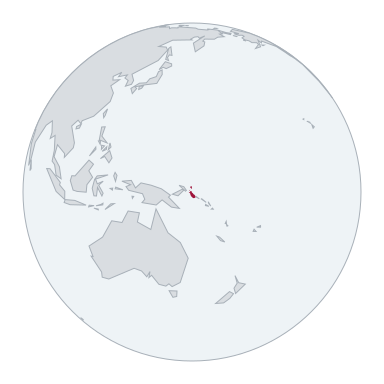 North Solomons highlighted on a globe, orthographic projection
{"feature_id": "PNG-1245", "entity_name": "North Solomons", "entity_type": "Province", "adm_level": 1, "iso_a3": "PNG", "parent_name": "Papua New Guinea", "parent_adm1": "", "projection": "orthographic", "projection_center": [155.03, -5.041], "detail": "fine", "context": "on_globe", "style": "filled", "palette": "rose", "viewbox_px": 384, "rotation_deg": 0, "n_neighbors": 0, "source": "natural_earth", "source_scale": "10m", "svg_char_len": 7012}
<svg xmlns="http://www.w3.org/2000/svg" viewBox="0 0 384 384"><circle cx="192" cy="192" r="169" fill="#eef3f6" stroke="#a8b0b8"/><path d="M260.5,225.6L260.6,226.9L260.4,227.1L260.5,225.6ZM332.6,98.3L330.4,95.2L319.1,81.3L303.0,64.9L306.0,67.4L301.8,63.6L297.8,60.5L296.2,59.5L276.3,46.5L261.6,41.1L261.4,42.9L258.0,40.2L260.6,46.8L255.5,48.5L258.5,44.5L256.7,42.7L251.9,42.6L249.0,40.8L245.0,39.9L242.0,37.9L244.1,36.3L242.2,35.2L238.9,35.3L233.8,33.7L238.9,33.7L230.5,31.3L232.4,29.4L248.6,33.0L247.2,32.3L258.6,36.7L269.6,41.9L280.2,47.9L290.4,54.6L300.0,62.1L309.1,70.2L317.6,79.0L325.4,88.4L332.6,98.3ZM313.1,128.3L311.8,124.6L314.3,126.8L313.1,128.3ZM309.9,122.4L310.6,123.7L309.8,122.7L309.9,122.4ZM308.5,121.8L309.5,122.3L308.5,122.1L308.5,121.8ZM306.8,121.4L307.7,121.4L307.6,121.6L306.8,121.4ZM303.8,119.6L303.0,119.1L303.8,118.7L303.8,119.6ZM296.0,59.5L298.0,60.7L302.7,64.5L301.3,63.5L296.0,59.5ZM286.6,53.3L286.8,53.1L291.5,56.5L289.9,55.6L286.6,53.3ZM261.9,45.0L264.2,45.1L263.0,45.7L261.9,45.0ZM245.0,40.1L245.3,40.8L243.1,40.1L245.0,40.1ZM236.5,36.6L232.9,35.5L236.9,36.3L236.5,36.6ZM231.0,34.7L222.3,32.7L222.2,33.8L217.6,30.1L226.6,32.7L231.5,33.3L229.7,33.7L231.0,34.7ZM216.5,28.6L214.7,28.1L217.0,28.4L216.5,28.6ZM141.4,30.8L142.9,30.3L149.0,28.6L164.2,25.6L165.0,26.1L159.1,27.2L169.5,26.9L169.6,28.6L171.6,27.8L178.0,27.9L178.0,27.2L179.5,26.9L195.8,28.1L198.1,29.2L207.4,30.0L208.5,29.7L207.3,28.9L217.6,30.1L222.2,33.8L219.6,34.1L224.2,36.7L217.7,37.2L214.4,39.2L204.6,39.1L202.8,41.1L204.8,42.0L204.0,45.9L195.3,51.8L193.4,43.1L204.8,35.9L199.4,38.2L198.0,36.7L194.4,37.1L190.8,39.1L192.0,39.9L172.7,40.2L158.8,46.5L166.2,47.1L167.6,50.1L158.2,60.5L132.0,74.2L133.6,80.5L131.5,84.3L125.4,86.2L128.2,80.5L124.9,78.0L127.4,74.9L118.5,76.7L121.8,72.3L113.2,76.4L112.9,80.1L119.6,79.7L110.8,85.8L113.4,93.0L110.2,101.5L93.7,116.2L82.2,120.7L80.8,123.6L78.1,120.2L71.7,126.0L74.4,142.8L73.3,147.8L64.3,157.4L64.6,153.6L57.5,144.7L54.1,156.7L59.4,166.7L61.1,178.8L56.1,175.1L54.6,164.6L52.1,161.1L54.3,150.5L55.1,135.4L50.2,138.5L52.0,132.5L52.4,120.8L46.2,125.2L35.3,142.1L31.3,158.0L28.6,165.5L31.4,143.5L36.0,128.9L34.8,130.7L38.3,121.9L43.5,111.3L49.5,101.2L56.2,91.4L63.6,82.2L71.6,73.5L80.1,65.4L89.2,57.9L98.9,51.0L108.9,44.9L119.4,39.4L130.2,34.7L141.4,30.8ZM80.6,317.6L83.2,319.5L83.1,319.9L80.6,317.6ZM93.9,208.1L98.3,209.1L98.3,209.9L93.9,208.1ZM89.2,205.2L94.1,205.6L88.6,206.9L89.2,205.2ZM96.0,205.8L100.9,204.4L103.0,203.2L102.8,204.9L96.0,205.8ZM86.1,205.1L70.1,204.7L64.1,202.5L65.2,199.6L74.8,200.4L86.1,205.1ZM64.7,199.5L56.1,191.4L46.7,168.5L50.0,168.7L60.3,182.4L59.6,184.9L64.8,191.2L64.7,199.5ZM86.9,184.7L86.2,192.2L77.1,191.4L73.1,190.1L70.3,180.5L71.8,175.7L75.0,175.9L89.0,160.1L93.5,164.2L88.8,170.8L92.6,177.3L86.9,184.7ZM31.3,159.5L31.1,168.8L29.9,170.6L31.3,159.5ZM95.9,149.3L89.4,155.9L95.8,147.0L95.9,149.3ZM100.5,140.9L100.2,144.4L98.4,140.9L100.5,140.9ZM79.4,128.1L76.0,128.9L76.6,126.5L81.3,124.2L79.4,128.1ZM107.6,108.9L105.2,115.4L103.7,117.7L103.3,113.6L107.6,108.9ZM162.8,25.7L167.1,24.9L166.8,25.1L165.8,25.3L162.8,25.7ZM169.0,24.6L167.5,24.8L164.3,25.4L165.6,25.1L169.0,24.6ZM229.5,291.6L233.5,293.7L229.8,298.4L223.6,302.9L215.6,303.5L229.5,291.6ZM172.9,297.3L169.1,290.7L177.0,291.0L176.7,296.5L172.9,297.3ZM234.0,288.2L237.2,283.1L235.0,275.6L238.7,282.7L245.3,284.1L235.6,293.5L234.0,288.2ZM134.1,268.3L108.8,279.0L102.2,277.2L101.6,272.0L91.1,256.1L93.0,256.5L89.0,246.0L102.6,237.1L111.7,220.8L122.0,222.5L128.1,211.0L139.4,212.8L137.4,222.0L150.8,229.5L156.0,208.9L168.0,232.8L180.3,242.5L188.2,258.2L180.2,282.5L172.1,286.6L168.9,283.8L165.9,286.1L158.9,284.3L151.6,275.3L148.9,277.6L150.0,271.5L146.8,276.8L141.6,271.0L134.1,268.3ZM216.8,236.1L219.5,237.1L224.8,242.0L220.5,240.6L216.8,236.1ZM254.1,229.2L256.1,231.5L253.1,231.4L254.1,229.2ZM260.4,227.1L256.7,227.2L260.5,225.6L260.4,227.1ZM226.3,224.1L227.9,225.8L227.0,226.2L226.3,224.1ZM225.2,223.5L226.2,221.3L226.5,223.7L225.2,223.5ZM211.3,209.1L212.5,208.1L213.3,209.2L211.3,209.1ZM105.0,209.5L110.8,203.8L114.3,203.6L105.0,209.5ZM208.9,206.3L205.4,205.6L205.6,204.4L208.9,206.3ZM208.7,203.5L208.2,201.7L210.8,206.1L208.7,203.5ZM201.7,198.7L206.2,202.4L201.3,199.0L201.7,198.7ZM199.3,198.8L196.3,197.1L196.4,196.6L199.3,198.8ZM168.5,197.1L179.4,208.4L171.4,207.1L162.1,199.9L156.2,205.0L142.0,202.6L144.8,199.3L142.5,193.7L128.7,190.3L126.0,186.6L130.6,184.7L121.9,181.2L131.3,180.4L135.5,187.9L141.0,182.9L151.1,185.2L161.4,188.8L170.4,195.2L168.5,197.1ZM132.0,196.2L133.7,196.4L132.4,198.4L132.0,196.2ZM190.5,192.3L194.9,196.4L194.5,197.2L192.4,196.4L190.5,192.3ZM172.4,194.2L181.7,189.5L184.1,189.9L178.0,195.8L172.4,194.2ZM179.1,185.3L183.8,186.7L186.4,190.4L185.5,191.2L179.1,185.3ZM112.7,188.1L112.4,190.1L110.1,188.4L112.7,188.1ZM115.7,187.1L122.9,189.8L115.1,188.8L115.7,187.1ZM95.5,179.1L97.3,183.8L103.2,181.2L98.7,185.2L103.1,193.2L101.9,196.0L97.5,187.4L96.5,196.0L93.9,195.8L92.2,188.3L94.6,179.4L97.2,175.9L108.1,174.9L95.5,179.1ZM115.5,181.4L113.7,175.9L115.1,172.4L117.0,175.4L115.5,181.4ZM108.9,162.8L104.7,156.5L100.4,158.6L109.7,150.7L112.0,158.0L108.9,162.8ZM106.3,149.5L102.2,151.3L106.8,146.7L106.3,149.5ZM101.4,149.3L101.6,145.2L104.5,145.9L101.4,149.3ZM108.3,149.8L110.0,142.9L111.0,147.0L108.3,149.8ZM101.9,136.1L107.2,143.0L99.3,139.8L101.7,127.0L105.2,126.8L101.9,136.1ZM138.7,89.5L139.3,86.3L143.3,86.0L141.7,88.2L138.7,89.5ZM156.8,83.4L144.5,84.9L134.9,86.9L136.7,88.5L132.3,93.6L130.9,88.4L139.5,83.2L146.4,82.8L149.8,78.8L156.3,76.6L158.5,71.7L162.1,69.9L162.2,74.5L156.8,83.4ZM159.1,69.6L165.3,61.7L171.6,63.8L171.7,66.0L166.2,68.6L163.2,67.3L159.1,69.6ZM168.6,60.6L165.7,59.4L168.7,48.4L170.9,46.8L172.0,55.4L169.4,54.9L167.5,57.5L168.6,60.6ZM214.0,28.4L214.6,28.1L215.4,28.6L214.0,28.4ZM179.3,26.6L181.5,26.3L182.3,26.7L179.3,26.6ZM187.8,25.8L185.3,25.5L188.7,25.6L187.8,25.8ZM179.7,25.3L184.7,25.4L178.7,25.6L179.7,25.3Z" fill="#d9dde1" stroke="#a8b0b8" stroke-width="1"/><path d="M194.6,196.7L194.7,196.8L194.7,197.0L194.4,197.1L194.2,197.2L194.1,197.3L193.9,197.4L193.7,197.4L193.4,197.3L193.2,197.2L192.9,196.9L192.5,196.5L192.4,196.4L192.5,196.4L192.6,196.2L192.6,195.9L192.4,195.7L192.2,195.6L191.9,195.5L191.9,195.4L191.8,195.2L191.7,195.2L191.4,194.9L191.2,194.7L191.2,194.4L191.1,194.2L191.1,193.7L191.2,193.4L191.0,193.2L191.4,193.3L191.5,193.4L191.6,193.5L191.8,193.5L192.0,193.5L192.3,193.8L192.3,194.0L192.5,194.1L192.5,194.3L192.7,194.5L192.9,194.6L193.0,194.7L193.0,194.8L193.1,195.0L193.4,195.4L193.5,195.4L193.6,195.5L193.7,195.4L193.8,195.4L193.8,195.5L194.0,195.6L194.1,195.8L194.3,195.9L194.3,196.0L194.5,196.2L194.5,196.3L194.6,196.5L194.6,196.7ZM191.1,192.5L191.0,192.9L191.0,193.1L190.9,193.2L190.7,192.7L190.7,192.3L190.7,192.2L190.5,192.3L190.6,192.2L190.8,191.9L191.0,192.0L191.0,192.3L191.1,192.5L191.1,192.5ZM190.9,186.8L191.1,187.1L191.1,187.3L191.0,187.2L190.9,186.9L190.8,186.7L190.6,186.6L190.8,186.7L190.9,186.8ZM189.5,190.3L189.7,190.5L189.6,190.4L189.5,190.3Z" fill="#f43f5e" stroke="#9f1239" stroke-width="1.5"/></svg>